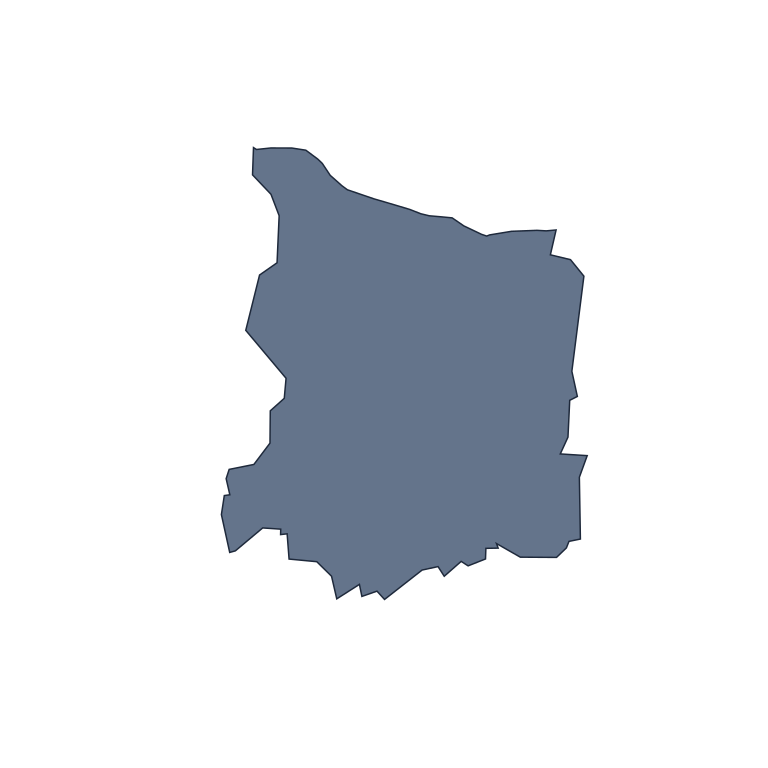 the district of Teartse, Tearce, North Macedonia, rotated 39°
{"feature_id": "65306769B20870628535314", "entity_name": "Teartse", "entity_type": "district", "adm_level": 2, "iso_a3": "MKD", "parent_name": "North Macedonia", "parent_adm1": "Tearce", "projection": "albers", "projection_center": [21.037, 42.097], "detail": "fine", "context": "isolated", "style": "filled", "palette": "slate", "viewbox_px": 768, "rotation_deg": 39, "n_neighbors": 0, "source": "geoboundaries", "source_scale": "gbopen_adm2", "svg_char_len": 1154}
<svg xmlns="http://www.w3.org/2000/svg" viewBox="0 0 768 768"><g transform="rotate(39 384 384)"><path d="M628.9,396.6L626.8,389.9L634.2,380.9L594.5,333.5L587.0,311.8L565.0,327.4L560.4,309.5L538.6,279.8L542.1,272.0L522.0,255.9L471.5,174.4L450.7,170.0L432.0,178.9L420.8,156.0L413.7,162.9L406.2,168.3L396.6,176.7L387.0,185.1L372.3,201.6L370.7,204.4L365.6,206.3L350.2,210.0L346.5,210.9L332.4,212.0L322.6,218.5L313.3,224.8L305.3,228.6L294.2,232.1L270.7,241.8L259.5,246.5L233.3,256.1L226.5,256.4L210.9,255.7L197.2,251.4L191.1,250.9L176.1,251.5L163.9,258.6L147.5,271.8L137.3,282.0L133.8,282.4L150.2,304.2L176.8,307.7L196.6,319.2L224.6,357.1L218.7,377.6L242.8,429.3L304.3,441.2L315.5,457.9L312.5,476.4L332.6,501.7L333.5,528.4L317.4,547.8L320.9,556.9L333.9,567.1L330.1,571.2L339.8,587.8L370.1,612.0L373.5,607.2L380.3,572.2L395.1,561.8L398.4,566.1L403.0,561.4L420.4,579.8L443.6,564.4L464.2,566.4L482.5,580.7L491.0,555.2L500.5,563.0L508.9,549.4L520.0,551.1L530.7,504.6L540.9,491.9L551.8,495.5L555.6,473.3L563.8,472.4L573.0,456.1L566.6,447.6L576.0,439.7L571.8,437.2L598.9,432.8L627.2,410.2L628.9,396.6Z" fill="#64748b" stroke="#1e293b" stroke-width="1.5"/></g></svg>